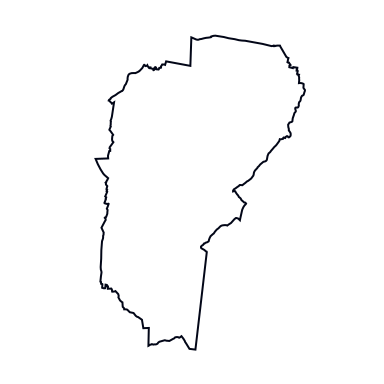 outline of Bang Pa-In, Phra Nakhon Si Ayutthaya, Thailand, rotated 7°
{"feature_id": "78962969B94424905183361", "entity_name": "Bang Pa-In", "entity_type": "district", "adm_level": 2, "iso_a3": "THA", "parent_name": "Thailand", "parent_adm1": "Phra Nakhon Si Ayutthaya", "projection": "equal_earth", "projection_center": [100.599, 14.226], "detail": "fine", "context": "isolated", "style": "outline", "palette": "ink", "viewbox_px": 384, "rotation_deg": 7, "n_neighbors": 0, "source": "geoboundaries", "source_scale": "gbopen_adm2", "svg_char_len": 5871}
<svg xmlns="http://www.w3.org/2000/svg" viewBox="0 0 384 384"><g transform="rotate(7 192 192)"><path d="M226.3,35.4L223.1,35.6L220.1,35.6L215.8,35.1L209.6,34.9L204.8,34.3L196.1,34.0L194.6,34.3L193.2,34.8L192.0,35.4L192.1,35.9L191.8,36.1L189.7,36.7L187.1,37.3L184.8,38.1L182.6,39.0L181.0,39.4L180.0,40.0L179.2,40.2L178.4,40.2L177.5,40.1L173.6,38.9L172.5,38.6L175.0,67.0L150.4,65.5L149.8,69.1L148.6,68.8L147.9,69.0L147.0,69.0L146.8,69.1L146.7,69.7L145.9,71.1L146.1,72.2L146.0,72.5L144.4,72.8L144.1,74.2L143.9,74.5L143.0,74.4L142.5,74.6L141.6,74.5L141.4,73.6L141.2,73.0L140.6,72.5L140.2,72.6L140.1,73.2L139.6,73.4L139.4,73.7L139.4,74.0L140.0,74.1L140.0,74.4L139.7,75.0L139.2,75.2L139.2,75.7L139.0,75.8L138.9,75.8L138.7,75.5L138.7,74.6L137.7,74.5L136.0,74.3L135.9,74.2L135.7,73.4L135.2,73.4L135.1,74.1L134.7,74.3L134.2,74.1L133.5,73.4L133.1,72.8L132.6,72.4L132.2,71.6L131.8,72.2L131.4,72.4L131.0,72.6L130.6,72.7L130.4,72.7L129.9,72.2L129.6,71.9L129.4,71.6L129.0,71.6L128.7,72.0L128.1,73.7L127.5,75.1L124.9,78.6L124.5,78.7L123.8,79.4L121.3,80.9L119.9,81.0L117.5,81.4L115.8,82.2L115.1,82.8L114.6,83.7L114.2,85.6L114.2,87.1L114.4,88.4L114.3,88.8L113.2,93.0L112.4,94.2L112.0,95.3L111.3,98.7L111.0,99.3L110.4,100.2L110.0,100.3L108.3,101.6L106.8,102.7L104.3,105.1L101.4,107.2L100.0,108.6L100.0,108.9L99.7,109.3L99.7,109.6L98.7,110.4L98.3,110.9L98.2,111.4L98.7,111.5L99.1,111.8L100.2,112.7L101.0,113.2L101.7,114.1L101.9,114.0L103.7,112.5L103.3,127.1L103.0,129.1L102.5,131.3L102.9,131.8L102.9,133.2L103.1,134.9L103.0,136.4L103.4,136.9L102.4,140.2L102.5,140.5L103.5,141.3L106.8,144.9L106.1,146.1L106.2,149.2L106.4,150.2L106.7,151.0L107.9,152.1L104.9,157.6L104.8,158.7L105.1,159.0L105.6,159.3L105.8,161.2L104.9,161.4L104.3,165.5L104.2,165.9L104.4,167.6L104.7,168.9L92.3,170.9L95.1,175.8L98.5,180.7L101.6,184.5L103.2,185.9L107.1,188.5L106.5,190.4L106.1,190.9L105.9,191.8L105.2,193.1L105.6,193.2L105.5,193.8L105.7,195.1L107.2,196.5L107.0,197.8L106.8,199.1L107.0,199.3L106.9,199.9L107.5,200.2L107.1,201.6L107.8,202.1L106.4,207.0L107.5,207.7L107.1,209.4L107.4,209.6L106.4,213.5L106.6,213.8L107.4,214.0L109.3,214.2L110.4,213.8L110.7,214.0L110.1,216.8L109.5,219.0L110.2,219.8L110.4,220.1L110.5,223.3L110.6,223.9L109.8,227.3L109.7,227.4L109.1,227.6L108.6,228.3L109.5,229.1L109.7,230.3L109.0,231.9L106.5,238.5L109.3,243.0L109.3,244.0L109.4,245.2L109.1,246.4L109.3,247.6L109.3,249.1L108.7,251.8L109.1,260.7L110.0,269.3L110.5,277.7L111.0,280.2L111.7,281.7L112.0,283.0L111.9,286.7L112.0,292.1L112.6,292.3L113.0,294.2L114.2,294.3L114.3,294.4L114.5,298.0L116.1,298.3L117.5,298.1L117.6,297.8L117.5,294.5L118.8,294.6L118.9,294.8L119.0,295.9L119.2,296.0L119.9,295.8L120.1,295.9L120.3,298.3L123.6,297.7L124.0,298.3L124.3,298.4L124.9,300.6L125.5,300.6L127.7,300.0L128.1,299.7L131.2,302.3L131.9,304.0L131.8,305.6L133.8,308.4L135.5,309.6L136.4,310.0L137.2,314.2L137.3,314.5L138.5,315.4L138.9,316.1L139.0,316.7L140.7,316.5L142.1,316.7L144.9,318.9L148.4,319.2L148.8,319.3L151.1,321.6L151.5,321.9L152.8,322.6L153.8,322.7L154.5,323.1L157.9,324.9L160.3,333.1L165.7,332.2L167.5,350.0L167.8,349.8L169.0,348.7L170.0,348.4L170.4,348.0L171.0,347.9L172.1,348.2L172.9,347.9L174.5,347.7L175.1,347.5L176.2,346.8L176.9,345.5L177.9,344.6L182.9,342.5L183.6,342.5L184.7,342.7L187.7,342.6L191.1,340.1L192.1,339.5L193.0,338.3L194.7,337.8L196.0,337.8L197.0,338.2L197.7,337.8L199.1,336.4L201.6,338.9L201.7,339.2L202.8,340.4L203.4,341.6L204.7,343.1L208.6,348.0L214.6,348.0L214.0,249.9L213.8,249.4L213.0,249.2L211.3,248.0L208.1,246.7L207.7,246.0L207.6,245.1L207.9,244.6L208.6,243.8L209.4,243.2L210.2,241.7L210.7,241.7L211.4,240.9L212.2,240.4L212.9,240.2L214.4,239.1L214.6,238.7L214.7,237.3L215.1,235.6L215.8,233.6L217.9,231.2L218.6,230.6L219.7,228.4L221.2,226.2L222.6,224.9L224.2,222.8L224.8,222.2L226.0,221.5L228.3,220.9L229.9,220.7L231.1,221.0L232.0,220.1L234.5,218.0L237.4,213.8L238.7,212.5L239.2,212.4L241.0,212.7L241.6,213.1L243.0,214.2L243.2,211.6L244.0,203.5L244.8,200.9L245.3,199.8L245.9,198.7L246.5,198.0L247.1,197.0L246.3,196.1L245.0,196.0L243.5,194.9L242.2,194.1L241.1,192.5L240.3,191.9L239.1,191.2L238.2,189.8L237.1,188.9L235.6,187.2L234.8,186.0L234.4,185.9L233.1,186.2L232.7,186.4L232.6,185.8L233.0,184.7L233.4,184.1L234.6,183.2L236.6,181.3L237.5,180.6L238.5,179.3L238.9,179.2L241.2,179.1L242.3,177.9L243.7,176.6L245.4,174.7L246.4,174.1L249.1,171.4L250.9,168.2L251.1,166.9L251.1,165.7L251.2,164.8L251.6,163.7L251.9,163.0L253.5,160.8L253.9,160.3L254.1,159.5L255.3,158.1L256.3,156.4L259.2,153.3L260.7,152.8L261.8,152.0L262.3,151.1L262.4,150.5L262.6,146.9L263.3,144.4L264.7,142.9L265.5,141.4L266.6,139.8L268.2,137.3L269.5,135.8L270.1,134.9L272.4,130.8L272.7,128.9L273.3,129.0L275.8,128.2L276.0,127.1L276.4,126.7L276.8,126.7L277.5,127.1L277.9,127.1L278.3,125.9L279.4,125.0L280.0,125.0L280.9,125.9L281.4,126.0L281.8,125.8L282.8,124.6L283.0,123.9L282.9,122.3L282.4,121.1L280.6,119.1L280.4,117.5L279.7,115.9L279.2,113.5L280.3,111.2L282.4,110.3L282.7,110.0L283.0,109.6L283.0,106.5L283.7,103.4L284.0,101.4L284.2,100.9L284.9,100.0L285.2,99.2L285.2,98.9L284.4,97.1L284.3,96.6L284.3,96.0L284.6,95.6L285.0,95.5L286.6,95.3L287.1,94.8L287.3,94.1L287.5,93.3L287.2,91.7L287.3,90.5L287.4,89.8L288.2,88.8L288.5,88.1L288.6,87.3L288.7,85.1L289.0,84.1L289.5,83.1L290.6,82.4L291.0,81.9L291.4,79.3L291.7,78.1L291.7,77.2L291.5,76.7L290.8,76.1L289.9,75.0L289.7,71.4L289.5,71.1L288.1,70.7L286.8,70.6L285.7,70.7L284.9,70.9L284.8,68.0L284.5,66.5L284.4,65.2L283.7,63.6L283.9,62.6L282.6,62.6L282.5,62.0L281.9,61.9L282.2,59.3L282.1,58.9L281.0,58.8L281.0,57.1L281.4,57.0L281.4,55.8L277.6,55.7L277.6,56.2L276.5,56.3L276.6,56.7L273.4,56.3L273.3,54.7L274.3,53.9L273.7,53.2L273.1,52.7L272.5,51.8L271.7,51.9L270.9,51.5L271.1,50.4L271.1,49.2L271.4,47.3L270.6,47.1L269.2,46.4L261.9,36.8L261.5,36.0L258.6,36.3L256.5,37.1L256.3,36.8L255.3,37.2L255.1,36.8L254.3,37.2L253.2,37.5L243.9,36.4L226.3,35.4Z" fill="none" stroke="#020617" stroke-width="2"/></g></svg>